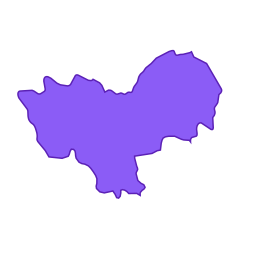 the Region of Liberecký, rotated 167°
{"feature_id": "CZE-1597", "entity_name": "Liberecký", "entity_type": "Region", "adm_level": 1, "iso_a3": "CZE", "parent_name": "Czechia", "parent_adm1": "", "projection": "albers", "projection_center": [15.007, 50.741], "detail": "fine", "context": "isolated", "style": "filled", "palette": "violet", "viewbox_px": 256, "rotation_deg": 167, "n_neighbors": 0, "source": "natural_earth", "source_scale": "10m", "svg_char_len": 2684}
<svg xmlns="http://www.w3.org/2000/svg" viewBox="0 0 256 256"><g transform="rotate(167 128 128)"><path d="M70.2,100.4L71.0,102.2L76.3,103.8L78.5,105.0L84.4,109.5L90.1,110.8L93.5,111.0L96.0,110.3L97.5,108.6L99.0,105.8L101.4,99.2L104.7,99.3L110.3,97.8L127.9,99.1L128.3,97.0L128.1,88.5L127.9,87.8L127.8,86.9L127.9,85.5L128.4,84.7L129.9,82.9L130.4,81.7L130.2,74.6L127.8,71.2L125.4,69.2L124.7,66.4L125.4,65.6L126.2,64.9L127.1,64.5L127.9,64.3L130.2,62.7L130.9,61.6L131.3,59.6L134.2,62.3L142.0,64.0L143.4,66.4L145.2,68.2L147.3,69.2L149.1,68.9L149.6,66.4L151.0,63.2L152.9,61.8L154.7,62.7L155.5,66.4L156.9,70.0L165.7,70.1L169.8,72.1L172.3,76.1L172.1,78.5L170.8,81.1L169.7,85.6L170.2,89.0L171.7,93.3L173.5,97.4L175.1,100.0L178.2,102.5L181.0,103.7L183.4,105.7L185.3,110.2L185.3,112.6L184.9,115.1L184.8,117.4L185.8,119.4L187.7,120.0L188.0,120.1L189.7,118.3L191.1,115.7L192.6,113.9L199.0,113.3L211.5,117.6L213.7,124.6L218.9,135.0L219.3,136.9L219.0,138.3L218.5,139.7L218.1,141.5L217.9,143.8L218.2,148.5L218.6,150.7L219.3,152.6L221.3,155.0L222.0,156.3L222.5,157.6L222.8,159.1L222.8,160.5L222.7,162.0L221.7,167.3L221.8,168.2L222.0,169.2L227.4,181.4L227.7,182.8L227.8,184.3L227.6,186.0L227.0,187.3L226.1,188.1L225.0,188.3L213.0,186.3L211.3,185.1L208.0,181.6L207.1,181.2L206.2,181.0L205.3,181.1L201.3,182.5L200.4,183.2L199.9,184.5L199.5,192.3L199.1,194.0L198.4,195.3L197.5,196.1L196.5,196.4L195.4,196.3L194.3,195.8L191.9,193.8L187.2,187.7L184.2,185.3L177.4,182.6L175.7,182.6L174.2,183.3L167.5,190.9L166.6,191.3L165.6,191.2L164.5,190.6L155.9,183.4L153.4,182.5L152.5,182.6L151.9,182.7L151.4,183.0L151.1,183.3L145.5,178.4L143.9,175.4L142.5,168.2L138.5,169.3L137.4,169.0L136.3,168.6L135.3,167.7L132.4,164.2L131.6,163.6L130.8,163.4L127.0,163.7L125.8,163.0L124.3,161.8L123.2,161.6L122.1,161.9L120.3,162.7L119.0,162.7L117.5,162.1L116.6,162.0L115.9,162.4L115.3,163.1L113.5,166.0L112.6,167.1L109.4,169.8L108.4,170.9L107.8,171.9L106.1,175.2L105.0,176.5L103.7,177.7L101.1,179.1L99.9,179.9L98.1,181.7L96.7,182.8L91.0,185.5L84.7,189.7L70.7,193.3L68.0,193.5L66.6,193.3L66.2,193.0L65.8,192.4L65.7,191.7L65.6,190.9L65.5,190.2L65.4,189.6L65.1,188.9L64.8,188.3L64.1,187.9L63.0,187.8L60.6,187.9L57.7,187.4L50.7,187.5L49.0,188.0L47.9,182.4L36.9,173.1L28.4,145.5L28.2,144.2L28.4,143.1L29.0,142.2L29.7,141.4L31.9,140.1L34.8,132.7L35.5,131.8L39.0,128.6L39.4,127.7L39.6,126.7L39.6,124.1L39.9,122.9L40.5,121.8L41.1,120.9L43.1,119.1L44.9,109.0L45.5,107.8L46.4,107.5L47.5,108.0L55.5,116.5L56.8,116.8L58.1,116.5L59.2,115.7L60.2,114.5L61.0,112.9L61.5,111.1L61.9,107.3L62.2,106.1L62.6,105.2L63.3,104.7L67.9,104.4L68.7,103.9L69.3,103.2L69.7,102.5L70.1,101.0L70.2,100.4Z" fill="#8b5cf6" stroke="#5b21b6" stroke-width="1.5"/></g></svg>